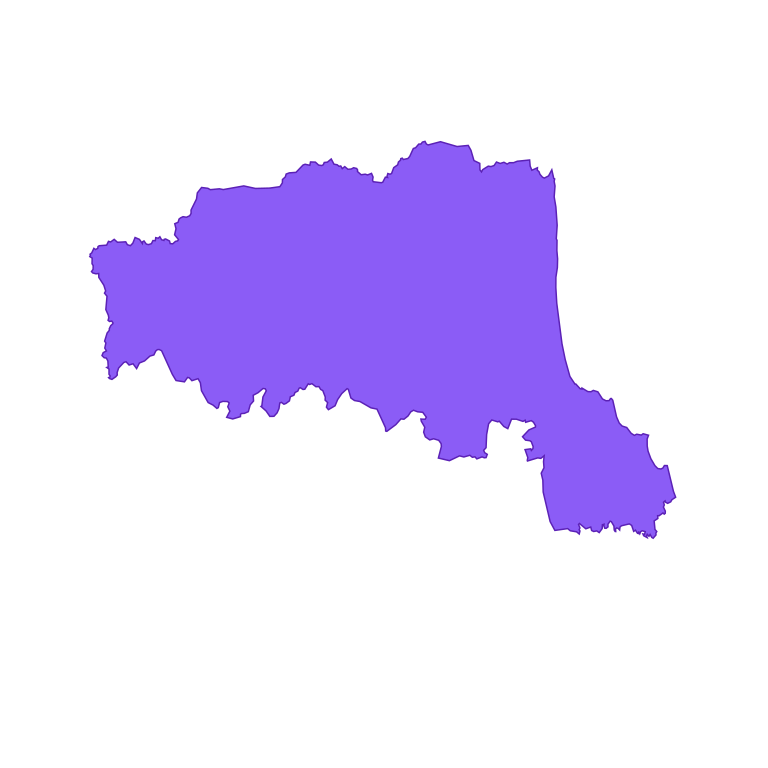 the district of Fenerive Est, Analanjirofo, Madagascar, rotated 334°
{"feature_id": "10022922B92224420422748", "entity_name": "Fenerive Est", "entity_type": "district", "adm_level": 2, "iso_a3": "MDG", "parent_name": "Madagascar", "parent_adm1": "Analanjirofo", "projection": "albers", "projection_center": [49.228, -17.25], "detail": "fine", "context": "isolated", "style": "filled", "palette": "violet", "viewbox_px": 768, "rotation_deg": 334, "n_neighbors": 0, "source": "geoboundaries", "source_scale": "gbopen_adm2", "svg_char_len": 6171}
<svg xmlns="http://www.w3.org/2000/svg" viewBox="0 0 768 768"><g transform="rotate(334 384 384)"><path d="M596.5,613.6L597.1,607.4L602.8,581.5L600.3,580.2L597.8,581.8L595.7,581.8L593.0,580.0L591.7,576.1L591.1,568.1L591.9,560.1L593.4,555.1L596.4,548.8L599.3,546.0L595.1,542.3L592.9,542.7L589.1,539.9L586.5,539.9L584.5,536.6L583.1,529.5L579.6,526.2L578.3,522.2L578.6,515.5L582.5,498.9L582.0,496.7L581.2,496.4L579.0,497.6L576.2,496.4L573.8,493.2L572.8,484.8L569.3,481.5L566.7,481.7L563.9,480.2L560.2,474.5L559.8,475.3L558.2,474.2L556.4,468.1L555.6,467.8L554.4,458.7L557.6,441.4L561.6,425.9L574.7,387.1L580.7,372.7L585.3,363.4L590.9,355.3L594.9,347.6L597.9,339.8L602.5,330.7L602.5,329.0L609.2,317.3L616.1,300.2L619.0,290.4L624.5,281.0L625.8,276.4L627.3,274.5L626.7,273.6L628.7,265.1L623.1,269.1L618.4,269.2L617.1,267.6L616.1,263.9L616.4,261.1L615.5,259.0L616.7,256.9L610.6,256.7L610.9,252.2L613.1,246.5L601.4,242.2L597.5,241.9L593.8,240.1L591.1,240.3L589.0,237.3L585.1,236.7L582.4,233.8L578.7,235.9L575.5,235.5L573.2,233.9L566.7,234.6L564.6,236.1L564.1,233.6L566.8,227.7L562.8,222.6L564.6,212.1L564.3,206.5L553.8,202.6L541.0,191.0L528.5,188.5L527.3,187.0L527.2,183.9L524.6,183.4L522.4,184.5L520.4,183.6L516.0,185.5L513.6,185.2L506.9,190.7L504.3,191.8L499.8,190.7L499.4,189.0L497.9,188.8L496.9,190.1L494.3,190.8L492.4,193.0L487.6,193.8L483.1,198.1L481.4,198.1L479.7,196.5L477.7,198.7L477.7,199.9L475.9,198.7L471.3,202.1L469.8,201.9L463.0,197.5L463.0,195.9L464.9,193.2L465.1,189.2L460.9,188.9L459.1,187.2L455.2,185.9L453.3,181.4L454.1,180.0L453.9,178.3L451.5,176.3L448.8,176.4L445.7,175.2L444.0,171.4L440.9,172.1L440.7,169.1L439.0,168.6L438.0,166.4L435.4,164.5L435.2,158.6L430.4,159.8L427.4,158.7L425.6,160.3L423.9,160.4L421.2,158.6L419.6,154.5L415.3,152.2L413.2,154.9L409.4,151.9L407.2,151.7L397.7,155.2L391.4,152.7L388.1,152.4L386.1,154.6L382.4,155.7L380.8,158.7L376.9,161.0L367.1,157.8L354.2,151.9L344.8,144.5L324.8,138.8L321.6,136.4L313.1,133.2L311.5,130.9L306.2,127.4L300.0,130.4L296.6,135.5L286.8,143.1L285.4,146.1L283.2,147.6L279.5,147.5L276.7,145.5L274.0,145.5L272.1,145.9L269.8,148.4L266.2,148.2L265.1,153.3L261.2,158.1L262.6,164.0L261.3,164.9L259.1,164.4L255.6,165.4L253.4,164.1L253.9,161.4L251.3,157.9L249.9,157.6L249.1,158.5L247.3,156.8L247.1,153.4L245.0,154.0L243.0,152.4L241.3,154.9L239.2,153.8L236.5,155.9L233.5,155.5L231.7,154.1L231.0,150.2L229.5,150.3L228.4,151.8L227.6,146.8L224.5,143.2L220.0,147.3L216.7,148.5L214.4,146.3L214.2,143.0L206.6,139.8L204.9,135.7L200.6,136.5L198.9,135.0L195.6,137.6L188.7,134.9L187.2,135.1L186.2,136.6L183.7,136.7L182.7,134.9L178.7,138.1L176.7,138.5L176.5,139.7L175.4,140.5L176.9,142.9L174.3,147.9L174.5,150.1L172.8,153.4L170.4,154.7L170.9,156.5L173.4,158.7L176.0,159.6L174.4,163.2L175.5,172.4L174.6,178.4L172.6,179.8L173.5,183.7L166.6,195.2L166.4,201.2L165.7,203.8L163.9,205.8L164.7,207.5L166.9,208.1L167.2,210.0L166.8,210.9L163.9,211.8L161.3,213.9L160.7,215.3L157.5,216.8L151.7,223.0L152.0,225.2L148.8,229.3L149.0,232.6L145.4,232.7L143.0,234.8L144.0,237.7L145.8,239.0L145.9,242.3L143.6,247.8L142.1,247.6L143.4,250.0L141.1,254.7L141.4,256.6L140.8,257.6L139.3,257.5L139.6,258.7L141.5,260.6L146.1,259.9L148.2,259.0L149.1,256.8L152.5,253.3L159.6,250.6L161.9,250.9L163.2,255.2L167.3,255.8L168.4,261.7L173.4,257.9L178.9,258.3L185.9,256.3L189.9,257.0L193.3,254.3L195.4,253.8L197.0,254.4L198.7,256.6L198.0,282.5L198.6,289.7L205.6,294.6L210.3,292.0L211.7,293.1L212.8,296.8L219.2,297.7L219.5,302.4L217.0,310.0L217.8,323.6L221.1,328.0L223.1,332.7L224.7,332.6L228.1,328.6L231.6,329.0L235.7,331.2L236.5,333.2L233.6,336.0L233.6,340.8L228.0,345.0L232.7,349.1L240.7,350.4L241.8,348.3L243.0,348.1L245.7,349.2L249.9,349.4L254.6,344.1L259.3,342.1L261.5,336.8L267.0,336.6L273.3,335.0L275.2,336.3L275.2,338.5L269.5,342.6L264.6,350.1L263.6,350.2L266.2,356.6L267.2,363.1L270.9,364.8L275.2,363.1L278.8,360.1L282.0,355.4L283.7,355.5L285.2,358.3L287.4,358.5L291.6,357.7L294.2,354.4L298.1,354.6L300.3,352.6L303.4,352.6L305.8,350.6L307.1,350.6L308.8,353.4L310.5,354.0L316.0,350.6L316.9,351.8L319.4,352.1L321.6,356.6L324.4,357.8L324.7,361.1L326.1,363.1L325.5,370.0L324.0,372.7L325.2,376.0L322.1,379.6L322.8,382.7L330.5,382.1L335.5,377.7L341.8,374.1L348.8,372.0L349.6,373.2L348.1,382.1L350.2,385.9L354.7,389.2L361.8,399.7L366.7,403.5L366.2,423.9L364.9,427.0L365.8,427.8L376.8,425.7L383.9,422.8L386.5,424.4L391.5,423.3L395.8,420.8L399.0,420.5L402.0,423.7L406.4,426.4L407.5,432.4L405.5,433.7L401.8,431.7L401.2,433.8L401.7,440.7L398.5,444.7L398.0,449.6L400.6,454.3L404.6,455.0L408.5,458.6L409.2,462.6L408.2,465.3L400.4,474.4L409.2,481.6L420.4,481.7L423.8,484.6L429.9,485.7L431.3,488.6L433.8,489.3L434.6,492.0L440.2,492.5L441.8,494.3L443.5,494.9L446.0,492.5L444.4,489.9L444.5,487.3L447.8,486.0L454.1,474.4L460.6,465.6L465.1,463.6L469.7,467.9L471.3,468.0L473.1,474.7L475.7,478.4L483.2,471.5L487.6,473.7L492.5,478.5L495.0,478.4L494.5,480.5L500.3,481.5L501.6,483.9L501.9,488.0L501.2,489.1L494.1,488.8L485.4,492.1L486.6,496.5L490.2,498.9L491.1,500.4L490.6,505.7L489.4,507.5L487.3,508.3L487.5,506.6L482.0,504.8L481.0,513.2L479.3,515.4L479.2,516.1L489.8,517.8L492.4,519.6L496.5,518.7L493.3,523.8L491.1,529.4L486.2,533.1L484.6,540.1L479.7,550.9L473.0,580.5L473.4,590.5L485.7,594.5L487.1,597.6L492.3,601.3L493.7,604.4L495.7,602.0L495.5,600.5L497.0,599.3L497.3,595.5L498.5,595.0L501.9,602.6L507.1,603.2L506.4,606.7L507.8,608.5L510.8,609.3L512.3,611.9L516.7,609.6L518.6,606.2L520.3,606.5L519.4,607.8L519.2,610.4L520.4,611.1L522.7,610.6L523.8,608.2L527.1,606.4L528.0,607.4L528.4,612.4L526.9,616.2L527.1,617.9L527.6,618.2L528.6,615.7L529.8,615.3L531.1,616.3L531.8,618.5L533.3,616.1L535.2,615.5L543.2,617.3L544.6,619.7L543.8,625.9L545.9,625.6L546.4,629.3L547.0,629.8L547.0,628.9L548.1,628.7L548.2,630.8L550.0,629.2L551.7,629.1L554.1,631.2L552.3,633.3L551.0,632.3L550.9,634.2L553.2,637.4L553.4,635.7L554.7,634.5L555.4,637.0L557.2,635.9L557.4,639.2L558.3,640.6L562.3,638.9L563.0,637.2L564.5,636.2L563.8,633.5L566.8,625.5L571.2,624.9L572.2,622.3L573.6,623.0L578.2,622.2L578.8,623.8L580.1,623.5L581.1,621.6L581.2,617.1L582.9,615.6L583.4,612.8L585.4,612.3L585.2,613.6L586.6,615.6L590.0,615.6L592.1,614.2L596.5,613.6Z" fill="#8b5cf6" stroke="#5b21b6" stroke-width="1.5"/></g></svg>